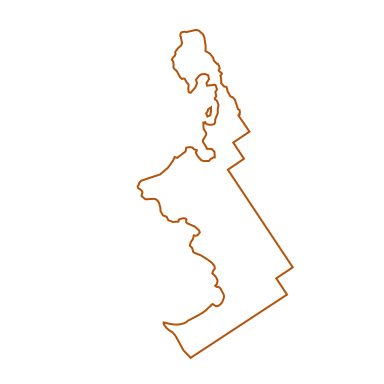 the district of Chippewa, Michigan, United States of America, rotated 236°
{"feature_id": "52423323B85773519026200", "entity_name": "Chippewa", "entity_type": "district", "adm_level": 2, "iso_a3": "USA", "parent_name": "United States of America", "parent_adm1": "Michigan", "projection": "albers", "projection_center": [-84.214, 46.343], "detail": "fine", "context": "isolated", "style": "outline", "palette": "amber", "viewbox_px": 384, "rotation_deg": 236, "n_neighbors": 0, "source": "geoboundaries", "source_scale": "gbopen_adm2", "svg_char_len": 3121}
<svg xmlns="http://www.w3.org/2000/svg" viewBox="0 0 384 384"><g transform="rotate(236 192 192)"><path d="M229.5,274.8L230.0,274.8L230.6,275.1L230.9,276.0L233.3,277.3L234.9,276.5L244.7,279.2L248.0,278.6L249.8,277.3L255.0,277.7L259.8,279.3L261.5,277.6L266.1,277.0L266.4,277.5L268.7,279.0L271.6,280.4L272.5,280.5L273.3,282.9L274.6,283.1L275.3,282.5L277.6,282.1L278.4,282.6L278.8,283.9L281.1,284.8L283.8,285.1L284.2,284.4L287.9,283.7L289.5,283.8L291.6,284.6L296.6,284.3L301.3,282.0L305.3,284.9L313.1,288.6L316.4,289.3L322.0,287.9L323.4,286.7L324.4,285.4L327.8,276.5L328.9,275.8L330.2,272.9L330.1,272.0L329.0,270.3L327.8,269.5L326.8,269.5L320.8,266.9L319.5,264.7L319.1,261.1L318.4,258.7L317.3,256.2L315.6,255.5L314.4,253.7L314.4,252.6L313.8,250.7L313.0,249.3L310.3,249.2L307.7,247.9L306.1,246.5L304.6,246.1L300.5,247.0L293.8,246.3L291.3,246.9L290.8,248.5L290.0,249.2L285.6,248.9L283.2,249.2L281.9,248.6L279.8,246.7L276.8,245.2L276.2,245.3L275.0,246.4L276.8,253.2L279.3,257.0L282.9,258.1L284.3,262.5L284.3,265.6L282.5,268.8L279.8,270.7L276.0,269.2L274.1,264.8L271.7,264.0L268.1,270.9L267.4,271.3L263.1,270.1L261.8,267.3L258.2,265.8L257.6,265.3L257.0,263.3L256.2,262.8L255.1,263.3L253.1,263.6L249.1,262.5L246.5,259.8L243.0,257.5L239.3,252.0L237.0,250.2L236.1,249.0L236.0,248.1L236.5,246.4L237.8,244.3L239.2,242.8L241.3,241.5L242.5,242.1L243.2,240.2L237.9,236.9L233.4,236.8L232.4,236.5L231.7,235.9L229.6,231.8L229.3,230.6L227.8,229.2L220.5,228.9L219.6,228.4L216.6,232.4L212.7,233.1L208.0,230.2L208.6,229.3L209.0,226.4L208.3,223.3L210.9,219.3L213.0,217.5L218.7,216.7L222.4,217.2L223.5,218.4L223.5,218.8L223.5,219.1L223.6,219.3L224.0,219.4L224.3,219.3L224.5,219.1L226.3,217.5L227.8,217.3L228.8,217.1L230.4,215.4L232.0,212.0L229.2,209.3L228.6,198.7L230.7,197.2L228.6,193.8L225.6,185.8L224.4,175.3L227.7,163.7L229.8,156.0L228.8,152.9L227.9,152.2L227.1,150.1L225.4,149.6L224.3,149.9L223.3,150.5L221.3,151.0L219.5,150.8L217.0,147.9L212.0,149.3L207.6,156.7L206.0,158.0L205.8,158.2L204.2,158.6L201.5,158.6L196.5,156.9L194.6,155.7L193.7,155.2L189.0,154.9L188.8,154.9L185.7,157.1L181.8,156.6L177.9,159.4L175.0,164.2L176.3,165.3L176.2,167.3L175.1,170.2L173.7,171.7L172.5,172.1L170.3,170.3L168.7,170.6L161.3,175.2L156.3,176.3L154.3,176.0L153.5,173.9L153.1,172.2L153.9,170.3L155.0,169.2L152.5,166.6L151.2,163.1L148.9,160.2L145.4,160.8L141.6,159.5L139.8,160.3L134.6,163.9L127.4,167.1L122.6,168.8L118.0,169.2L115.8,168.1L114.9,165.5L113.1,163.3L110.9,164.0L108.1,164.3L104.7,163.8L103.6,163.2L101.7,160.9L101.3,158.8L99.7,159.3L98.5,160.9L96.3,161.7L89.1,160.9L87.5,160.1L86.3,159.1L83.8,155.4L83.0,152.9L82.9,150.2L83.4,148.8L84.6,147.7L87.4,146.6L87.7,145.8L87.4,144.1L87.1,144.0L86.8,140.8L86.2,137.8L86.0,133.4L86.3,128.0L87.6,116.7L87.3,114.5L87.7,111.7L88.9,108.3L90.9,104.7L94.0,100.9L99.7,95.5L99.3,95.1L97.6,94.7L93.8,94.8L90.7,95.5L86.5,97.4L82.3,97.9L65.4,96.4L55.3,98.1L53.8,213.4L73.3,213.6L73.2,233.4L190.4,234.2L190.5,253.7L209.9,253.8L209.9,273.4L229.5,273.3L229.5,274.8ZM245.9,247.0L245.4,250.2L248.1,252.7L251.6,255.1L251.5,251.5L250.0,249.9L249.3,247.7L245.9,247.0Z" fill="none" stroke="#b45309" stroke-width="2"/></g></svg>